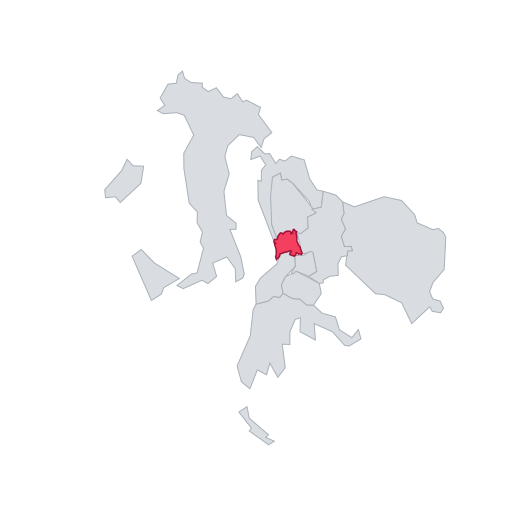 map of Montenegro with Romania, Greece, Albania and 6 others greyed out, rotated 40°
{"feature_id": "MNE", "entity_name": "Montenegro", "entity_type": "country or territory", "adm_level": 0, "iso_a3": "MNE", "parent_name": "Europe", "parent_adm1": "", "projection": "equal_earth", "projection_center": [19.258, 42.706], "detail": "fine", "context": "with_neighbors", "style": "filled", "palette": "rose", "viewbox_px": 512, "rotation_deg": 40, "n_neighbors": 9, "source": "natural_earth", "source_scale": "50m", "svg_char_len": 5098}
<svg xmlns="http://www.w3.org/2000/svg" viewBox="0 0 512 512"><g transform="rotate(40 256 256)"><path d="M411.8,171.6L418.9,175.4L426.0,172.1L433.3,175.6L433.9,180.8L426.6,185.1L421.8,183.2L418.7,207.7L397.6,198.2L379.4,202.9L371.8,208.1L330.5,205.4L322.9,193.4L326.5,190.0L322.6,187.5L317.7,192.0L308.6,186.1L307.2,177.8L297.7,173.1L295.9,166.7L287.5,158.9L299.8,155.1L316.0,128.3L331.7,120.0L350.9,122.3L358.2,127.0L374.4,122.2L378.1,117.6L384.5,117.6L389.2,119.5L408.8,145.3L408.6,162.5L411.8,171.6Z" fill="#d9dde1" stroke="#a8b0b8" stroke-width="1"/><path d="M389.0,386.1L387.1,392.5L363.3,394.4L363.3,390.8L343.1,386.5L346.0,377.2L355.1,384.6L380.3,384.9L380.0,388.7L389.0,386.1ZM331.6,256.7L343.4,257.3L356.0,251.6L367.5,258.9L381.9,256.9L381.7,246.5L389.7,252.0L385.2,265.1L381.5,267.5L363.3,264.9L344.1,270.4L355.5,282.2L338.4,285.7L329.7,274.8L326.8,279.4L330.6,292.1L338.8,302.0L332.8,306.7L350.2,322.8L350.7,334.9L335.5,329.2L340.5,340.2L330.2,342.4L336.7,361.6L325.8,361.8L312.2,352.4L302.9,320.8L288.2,298.8L287.0,292.8L294.5,282.5L295.4,275.7L300.6,272.6L300.8,267.1L311.3,265.2L317.3,260.7L326.0,261.1L331.6,256.7Z" fill="#d9dde1" stroke="#a8b0b8" stroke-width="1"/><path d="M300.8,267.1L300.6,272.6L295.4,275.7L294.5,282.5L287.0,292.8L275.0,279.5L273.6,269.5L277.1,248.8L273.4,238.9L280.2,228.7L281.3,232.6L285.5,230.7L292.7,238.4L291.9,253.0L294.2,262.0L300.8,267.1Z" fill="#d9dde1" stroke="#a8b0b8" stroke-width="1"/><path d="M231.2,151.4L247.5,162.4L260.2,166.2L266.0,163.2L274.7,176.7L268.7,184.3L261.7,179.8L237.6,176.8L230.3,177.2L226.9,181.4L221.4,176.8L218.0,185.1L247.7,221.7L261.6,229.5L259.9,233.0L221.7,211.8L208.8,196.8L212.0,195.3L205.0,186.8L204.9,179.9L195.0,176.8L190.0,185.5L185.6,178.7L186.7,171.4L197.5,172.1L200.4,168.7L211.7,172.4L211.8,166.8L217.2,164.7L218.8,156.7L231.2,151.4Z" fill="#d9dde1" stroke="#a8b0b8" stroke-width="1"/><path d="M137.4,143.6L146.5,146.5L148.5,142.7L163.8,139.3L166.9,146.1L188.8,151.3L186.8,161.1L190.2,169.6L178.0,166.7L165.1,173.8L163.5,189.6L168.2,199.9L182.6,210.2L190.0,227.2L207.3,243.9L219.7,243.7L223.5,248.3L219.0,252.5L244.8,266.4L258.5,277.3L260.1,281.3L257.1,288.8L248.2,279.0L234.3,275.5L227.4,289.2L239.0,297.0L236.9,308.1L230.1,309.4L221.2,327.8L214.4,329.4L218.1,311.4L221.7,306.8L210.8,283.8L204.2,281.2L199.6,272.1L189.4,268.3L182.7,259.9L171.0,258.5L144.8,235.6L134.6,223.7L130.6,203.4L110.6,194.3L103.2,197.1L93.6,206.5L87.0,208.0L89.3,199.2L81.0,196.6L78.1,180.9L83.9,174.8L79.8,167.2L80.9,161.6L87.2,165.9L94.7,164.9L103.8,158.1L106.3,161.3L113.7,160.7L117.5,152.6L128.8,155.1L135.7,151.8L137.4,143.6ZM182.8,326.7L211.8,322.5L205.7,339.4L208.0,346.1L204.4,357.3L161.2,335.8L163.8,324.8L182.8,326.7ZM103.9,265.9L112.2,259.4L121.1,274.3L117.6,302.3L110.3,301.0L103.3,308.1L97.5,302.4L98.2,276.9L95.1,264.8L103.9,265.9Z" fill="#d9dde1" stroke="#a8b0b8" stroke-width="1"/><path d="M261.6,229.5L247.7,221.7L228.8,200.9L218.0,185.1L221.4,176.8L226.9,181.4L230.3,177.2L237.6,176.8L274.4,184.2L270.5,193.2L278.0,201.0L275.7,210.6L264.0,218.1L261.6,229.5Z" fill="#d9dde1" stroke="#a8b0b8" stroke-width="1"/><path d="M322.1,236.3L330.2,242.9L331.6,256.7L326.0,261.1L317.3,260.7L311.3,265.2L300.8,267.1L294.2,262.0L291.9,253.0L296.5,241.8L322.1,236.3Z" fill="#d9dde1" stroke="#a8b0b8" stroke-width="1"/><path d="M266.0,163.2L277.9,158.0L287.5,158.9L295.9,166.7L297.7,173.1L307.2,177.8L308.6,186.1L317.7,192.0L322.6,187.5L326.5,190.0L322.9,193.4L325.8,197.0L322.0,201.6L323.6,209.1L331.4,217.9L325.5,224.3L322.9,230.9L324.7,233.4L322.1,236.3L309.4,237.8L312.4,228.8L297.2,216.7L288.4,226.1L289.7,224.3L272.0,211.5L275.7,210.6L278.0,201.0L270.5,193.2L274.4,184.2L268.7,184.3L274.7,176.7L266.0,163.2Z" fill="#d9dde1" stroke="#a8b0b8" stroke-width="1"/><path d="M293.8,245.9L292.7,238.4L285.5,230.7L292.2,224.6L294.3,217.8L297.2,216.7L312.4,228.8L309.4,237.8L296.5,241.8L295.9,246.1L293.8,245.9Z" fill="#d9dde1" stroke="#a8b0b8" stroke-width="1"/><path d="M271.6,211.3L271.6,211.5L271.7,212.3L272.0,213.0L273.3,213.7L275.1,215.2L277.3,217.9L278.3,218.7L279.2,218.9L280.9,220.0L282.1,220.3L283.5,220.6L287.0,222.9L288.6,223.6L289.7,224.5L289.9,225.3L289.8,225.8L287.8,226.4L287.4,227.3L286.4,227.2L285.2,227.2L284.8,227.8L285.4,228.7L285.8,229.8L285.5,231.4L285.4,231.6L285.1,231.5L283.4,232.4L282.2,232.8L281.0,233.1L280.5,232.6L280.2,232.0L280.3,230.4L280.1,229.8L279.7,229.5L278.9,229.9L278.0,231.2L277.2,232.7L275.9,234.3L274.9,235.8L273.8,237.8L273.0,239.3L273.8,240.2L274.3,241.5L274.1,242.4L274.3,243.0L274.0,244.6L274.0,245.6L271.5,244.0L270.5,241.7L266.9,237.7L262.7,235.1L262.5,234.7L262.8,234.2L263.0,233.7L262.1,233.7L261.5,234.0L260.9,234.0L260.3,233.0L259.7,232.1L259.6,231.3L259.9,231.2L260.3,230.9L261.2,230.1L261.4,229.6L261.3,229.0L260.1,226.8L260.0,225.5L259.8,222.9L260.1,222.3L260.5,222.0L262.6,221.7L262.6,219.7L262.7,219.1L263.2,218.3L263.4,217.5L264.6,216.4L266.2,215.1L266.9,215.1L267.6,215.3L268.2,216.4L269.0,216.2L269.2,214.9L268.2,213.2L267.6,212.0L267.8,211.4L268.2,211.1L269.0,211.3L269.8,211.6L270.4,211.4L271.2,211.3L271.6,211.3Z" fill="#f43f5e" stroke="#9f1239" stroke-width="1.5"/></g></svg>